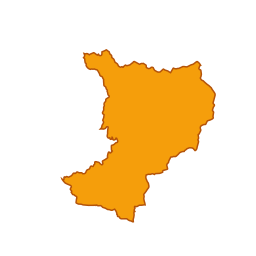 Son Ha, Quảng Ngãi, Vietnam, rotated 26°
{"feature_id": "81297802B11658146957456", "entity_name": "Son Ha", "entity_type": "district", "adm_level": 2, "iso_a3": "VNM", "parent_name": "Vietnam", "parent_adm1": "Quảng Ngãi", "projection": "robinson", "projection_center": [108.493, 14.975], "detail": "fine", "context": "isolated", "style": "filled", "palette": "amber", "viewbox_px": 256, "rotation_deg": 26, "n_neighbors": 0, "source": "geoboundaries", "source_scale": "gbopen_adm2", "svg_char_len": 5835}
<svg xmlns="http://www.w3.org/2000/svg" viewBox="0 0 256 256"><g transform="rotate(26 128 128)"><path d="M177.1,189.6L176.1,188.2L174.4,186.3L173.1,184.5L172.6,182.8L172.2,182.0L171.5,181.3L171.3,180.9L171.3,180.6L172.0,177.1L172.3,174.6L172.7,172.6L172.6,171.9L172.3,171.1L170.5,168.7L168.8,167.7L166.3,165.5L165.5,164.3L165.1,163.0L165.0,162.1L165.5,161.8L166.5,160.7L168.4,159.9L169.8,158.5L170.6,158.2L172.1,158.2L172.6,157.0L176.2,155.0L177.5,153.8L178.5,152.6L178.0,151.5L178.2,150.8L181.2,148.1L181.5,147.6L181.3,147.0L179.3,144.7L179.0,144.0L178.9,143.4L179.3,142.1L179.5,141.1L179.1,139.6L179.2,135.6L179.4,135.2L180.6,134.5L181.5,133.6L183.0,133.0L183.7,132.2L184.7,129.6L185.2,127.8L185.6,127.1L186.9,125.6L188.8,124.4L188.8,123.5L189.6,122.1L190.0,121.0L191.3,119.4L192.1,118.7L194.4,117.8L195.5,117.8L198.1,118.9L198.5,118.6L198.7,118.2L198.9,117.4L198.9,116.4L198.4,114.4L197.5,109.6L197.1,108.9L196.0,108.0L195.9,106.1L194.4,103.9L194.0,103.1L194.4,102.6L194.5,102.0L194.5,98.5L194.2,97.7L193.6,97.2L192.9,96.2L192.6,95.5L192.6,95.0L192.8,93.9L193.6,92.8L194.7,91.6L196.0,90.9L196.2,90.6L196.2,87.5L196.3,86.7L198.4,84.7L199.7,83.1L200.2,82.1L200.1,81.5L199.8,80.9L199.3,80.3L198.0,76.2L196.3,75.2L196.0,74.6L195.6,71.9L195.8,70.4L195.7,69.6L195.3,69.2L194.1,68.8L193.7,68.5L193.4,67.9L192.0,60.7L191.7,59.9L191.0,58.9L188.9,57.6L186.8,56.5L185.3,55.4L182.0,54.4L180.1,54.1L177.4,53.4L174.9,52.6L173.4,52.7L172.3,52.3L171.5,51.7L171.1,51.4L171.0,49.7L170.4,47.5L168.3,44.4L167.8,44.0L167.1,44.1L166.0,43.8L165.5,43.3L165.3,41.1L165.4,40.2L165.8,39.8L163.8,38.6L161.4,37.9L160.8,38.1L160.3,38.8L158.7,42.0L156.9,43.7L154.4,47.0L153.6,47.5L151.4,48.2L150.4,48.7L147.6,52.1L146.4,52.8L145.5,53.6L144.4,54.1L142.5,54.3L142.4,54.5L142.0,59.6L140.9,59.6L138.8,59.3L135.8,59.7L134.1,59.5L133.9,59.6L133.6,60.2L132.5,63.1L132.1,63.7L131.1,64.3L129.8,64.7L126.8,64.5L125.8,64.0L124.2,62.7L123.3,62.7L122.3,63.2L121.9,64.3L121.5,64.8L120.6,65.5L119.7,65.7L119.0,65.7L117.8,65.4L117.1,64.1L116.6,63.6L113.4,63.2L112.8,63.7L111.8,64.1L111.1,64.8L110.5,65.7L106.2,65.5L104.5,65.5L104.0,65.9L103.8,66.4L103.6,67.6L102.9,68.3L102.4,69.8L101.7,70.8L99.8,72.4L99.3,72.6L98.3,72.5L98.0,72.7L97.1,74.7L97.1,75.4L96.6,75.7L95.7,75.5L94.6,76.7L92.7,76.6L92.0,76.3L90.8,75.3L90.2,75.0L87.4,74.5L85.6,72.8L85.1,72.4L84.5,72.2L82.5,71.7L81.8,70.4L80.5,69.6L79.3,69.4L77.5,67.7L76.8,67.7L74.8,67.3L74.2,67.3L73.3,68.6L71.2,71.0L72.1,72.9L72.2,73.4L72.2,74.2L71.8,74.8L71.4,75.1L70.5,75.4L70.1,75.3L69.4,74.7L69.0,74.6L68.8,75.0L68.7,75.5L68.6,75.8L68.4,75.8L67.3,75.8L65.0,75.3L64.1,75.4L61.7,78.1L61.1,79.2L59.2,78.9L58.1,79.3L57.2,80.1L55.8,80.3L57.1,81.6L57.4,82.3L57.5,83.1L57.2,84.3L58.6,84.7L58.8,84.9L59.9,86.7L61.0,88.2L62.0,88.4L62.3,88.7L63.0,90.2L63.7,90.8L65.3,91.6L66.8,91.9L67.8,91.9L68.6,91.7L69.1,91.1L70.7,90.5L72.0,89.7L73.1,89.7L74.5,89.3L75.8,89.8L78.5,91.7L79.6,92.9L80.0,93.1L80.5,93.3L82.0,93.2L82.7,93.5L83.7,94.4L84.8,95.0L85.0,95.7L85.5,96.4L85.8,97.2L86.5,98.2L87.4,99.9L88.0,100.5L90.1,101.0L91.3,102.4L92.8,103.1L93.2,104.3L93.9,104.8L95.4,106.8L96.1,107.2L97.0,107.4L97.4,108.1L97.3,108.7L95.6,111.5L95.6,112.2L96.2,113.7L95.7,115.8L95.7,116.2L96.3,117.6L96.8,118.0L97.0,118.8L97.0,120.0L98.3,122.5L98.3,125.2L98.4,125.5L98.7,125.9L99.0,126.2L100.7,126.6L101.6,129.3L101.9,132.1L103.1,133.0L103.6,133.7L103.7,135.0L103.5,136.9L103.8,138.1L104.1,139.3L103.6,141.0L105.2,140.1L105.8,140.0L106.6,139.6L107.6,138.6L107.9,138.1L108.3,136.3L108.7,136.0L109.6,135.8L109.8,136.0L110.0,136.3L110.5,138.3L111.5,140.8L112.0,141.6L112.7,144.1L113.2,144.9L114.2,145.5L114.5,145.6L115.1,145.5L115.7,144.9L116.0,144.9L117.0,145.9L117.6,145.7L118.0,145.3L118.0,145.0L117.8,143.3L118.1,143.4L118.7,143.9L119.4,145.0L120.3,145.1L121.0,144.7L121.7,143.8L121.7,143.2L121.6,142.5L121.7,142.3L122.4,142.3L122.4,142.6L124.1,143.7L124.7,144.6L124.7,145.2L124.6,145.7L123.5,146.7L122.7,148.8L121.8,150.0L120.8,150.9L121.2,152.1L122.7,154.9L123.2,155.4L123.7,155.4L124.0,155.6L123.5,156.6L123.8,157.0L123.2,158.1L122.8,158.3L121.5,157.9L121.2,158.1L121.1,158.6L121.2,159.7L121.8,162.2L122.1,162.7L122.5,163.2L122.7,163.7L121.4,166.2L119.6,168.8L119.7,169.4L120.9,170.8L121.1,171.4L120.9,172.2L120.7,172.5L120.3,172.6L118.5,172.3L117.2,171.7L116.7,171.7L114.0,172.3L113.3,172.7L113.1,173.3L113.7,174.5L113.8,175.3L113.5,175.8L113.5,177.8L113.0,178.1L111.7,178.3L111.2,178.9L111.2,179.8L111.3,181.4L111.1,181.9L109.9,183.3L109.4,184.2L109.5,186.5L109.4,187.2L109.0,187.9L108.5,188.4L107.4,188.9L106.6,188.6L105.9,188.6L103.8,189.6L101.6,189.8L101.2,190.2L100.8,191.5L100.4,192.0L100.0,192.2L99.4,192.1L99.0,192.4L98.7,192.8L98.3,195.0L98.0,195.8L96.5,197.8L96.0,198.3L94.7,198.4L94.0,198.6L93.4,199.7L92.7,199.6L92.3,199.9L92.1,200.4L92.9,202.2L93.0,202.7L92.8,203.2L92.4,203.2L91.5,202.9L91.1,202.8L91.3,203.0L93.9,204.4L94.6,204.5L95.6,205.0L98.1,205.0L101.5,204.8L102.4,205.1L103.0,205.9L102.8,207.0L102.9,208.2L103.3,208.6L104.9,209.3L105.2,209.9L105.1,210.6L107.4,212.0L108.8,211.7L109.6,212.0L111.9,212.2L112.1,212.4L112.7,213.4L112.8,214.3L113.9,217.6L114.2,218.0L114.5,218.1L116.7,218.1L119.4,217.0L121.3,216.8L126.5,214.8L131.5,212.3L132.3,211.7L133.1,211.7L133.7,210.9L134.6,211.1L135.2,211.0L137.5,209.7L138.4,209.8L140.1,210.4L142.9,210.0L145.3,210.2L147.2,209.5L149.0,209.3L149.8,208.9L151.6,206.8L153.2,207.7L154.5,208.7L155.7,210.1L155.9,210.6L156.4,210.6L157.4,212.0L158.6,211.8L159.2,211.8L160.4,212.6L161.7,212.6L166.5,210.2L167.4,210.2L168.3,210.5L169.9,210.6L171.7,210.2L173.1,210.3L173.7,210.1L173.9,209.9L173.2,208.8L172.8,208.1L172.3,205.7L171.6,203.5L170.3,201.3L170.2,200.8L170.8,200.2L170.8,199.9L169.9,199.6L169.6,199.3L169.4,198.2L169.4,196.9L168.5,196.3L168.4,195.6L170.3,194.8L171.0,194.1L171.5,193.1L172.2,192.4L174.6,191.1L176.3,189.9L177.1,189.6Z" fill="#f59e0b" stroke="#b45309" stroke-width="1.5"/></g></svg>